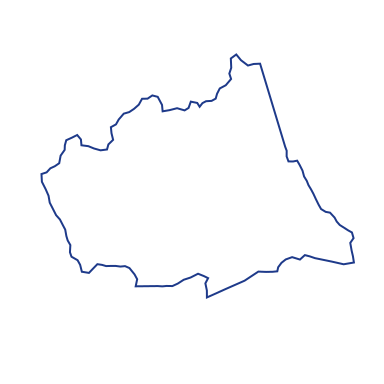 outline of Ibicaraí, Bahia, Brazil, rotated 162°
{"feature_id": "56859067B48342412707100", "entity_name": "Ibicaraí", "entity_type": "district", "adm_level": 2, "iso_a3": "BRA", "parent_name": "Brazil", "parent_adm1": "Bahia", "projection": "mercator", "projection_center": [-39.566, -14.85], "detail": "fine", "context": "isolated", "style": "outline", "palette": "blue", "viewbox_px": 384, "rotation_deg": 162, "n_neighbors": 0, "source": "geoboundaries", "source_scale": "gbopen_adm2", "svg_char_len": 1834}
<svg xmlns="http://www.w3.org/2000/svg" viewBox="0 0 384 384"><g transform="rotate(162 192 192)"><path d="M59.8,74.9L58.8,81.1L58.3,86.9L57.2,94.7L52.6,98.2L52.4,104.1L55.3,107.2L61.7,115.0L63.5,119.2L64.3,123.6L67.1,129.7L71.0,131.8L74.5,135.9L75.5,140.8L76.4,147.0L77.1,152.8L78.0,157.8L79.1,162.5L79.4,167.1L80.6,172.1L80.3,178.2L81.3,184.6L82.3,189.3L86.5,189.8L90.8,191.3L91.0,196.6L89.2,202.0L89.4,206.3L87.6,293.0L93.8,294.7L99.7,295.0L104.7,302.2L107.4,309.1L113.8,307.0L116.3,298.0L119.9,293.1L119.9,287.4L126.9,283.1L133.6,281.9L137.8,277.7L140.6,273.5L145.2,272.6L150.6,274.0L154.6,273.3L158.4,270.7L159.5,275.1L165.2,278.3L169.3,273.0L173.8,271.9L180.3,276.3L188.1,276.8L195.0,277.8L193.6,284.1L195.2,293.1L199.9,296.1L205.4,294.5L210.7,296.1L215.6,291.5L221.4,289.0L227.0,287.4L232.7,287.6L239.3,283.6L243.4,279.8L249.1,278.7L250.4,272.8L250.9,266.0L256.8,263.1L259.7,258.7L266.1,259.9L271.8,263.7L276.4,267.6L282.7,270.6L281.4,276.3L283.6,281.7L289.3,280.8L295.6,280.1L298.5,275.7L300.1,271.4L305.7,267.2L309.4,260.4L314.5,258.9L319.4,258.3L324.2,255.6L329.6,255.6L331.6,248.1L330.3,239.8L329.6,232.8L330.6,225.8L329.6,219.6L328.4,211.9L326.1,206.7L325.1,200.6L324.2,195.4L325.1,188.9L325.2,184.3L324.1,179.1L326.7,172.4L326.6,167.7L321.9,162.5L320.9,157.3L321.4,150.2L315.0,146.9L309.8,149.7L304.3,152.6L300.1,150.5L296.6,148.1L292.5,146.9L287.3,145.2L283.1,143.2L278.6,142.2L275.0,139.0L272.1,131.4L271.1,126.0L274.7,119.7L253.6,113.1L249.3,111.4L245.2,110.5L239.7,108.6L233.8,109.3L227.0,111.1L219.8,111.1L211.5,112.4L206.6,108.3L203.3,105.1L207.5,101.0L208.3,93.7L210.4,87.1L190.2,89.3L169.4,91.4L153.5,95.8L146.2,93.1L139.9,91.2L135.4,90.2L133.3,93.8L128.8,97.0L123.7,98.9L116.9,99.1L110.2,94.4L104.2,97.1L99.9,94.4L95.5,91.1L80.7,82.7L70.1,76.4L59.8,74.9Z" fill="none" stroke="#1e3a8a" stroke-width="2"/></g></svg>